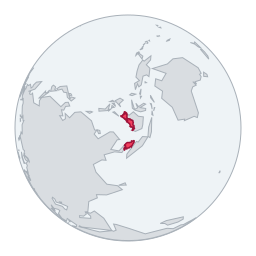 globe centered on Malaysia, rotated 267°
{"feature_id": "MYS", "entity_name": "Malaysia", "entity_type": "country or territory", "adm_level": 0, "iso_a3": "MYS", "parent_name": "Asia", "parent_adm1": "", "projection": "orthographic", "projection_center": [110.864, 4.107], "detail": "fine", "context": "on_globe", "style": "filled", "palette": "rose", "viewbox_px": 256, "rotation_deg": 267, "n_neighbors": 0, "source": "natural_earth", "source_scale": "50m", "svg_char_len": 11738}
<svg xmlns="http://www.w3.org/2000/svg" viewBox="0 0 256 256"><g transform="rotate(267 128 128)"><circle cx="128" cy="128" r="113" fill="#eef3f6" stroke="#a8b0b8"/><path d="M229.1,161.9L229.0,162.7L228.9,162.8L229.1,161.9ZM182.8,29.6L191.0,34.8L193.2,37.1L188.4,33.1L186.1,31.6L186.5,32.2L184.2,30.9L183.1,30.6L180.4,29.2L177.8,27.3L176.0,26.4L176.3,27.0L173.8,26.1L173.6,25.4L169.2,24.0L164.0,21.4L164.7,21.5L173.9,25.2L182.8,29.6ZM232.5,86.2L232.4,85.9L232.3,85.6L232.5,86.2ZM188.2,32.8L189.2,33.4L188.4,32.9L188.0,32.7L188.2,32.8ZM183.5,30.9L184.3,31.4L183.4,31.1L183.5,30.9ZM178.3,28.6L176.6,28.0L177.9,28.2L178.3,28.6ZM175.2,27.4L171.0,26.4L172.5,27.4L165.8,24.2L171.6,25.9L173.0,26.0L173.5,26.6L175.2,27.4ZM162.7,22.7L161.3,22.3L162.3,22.4L162.7,22.7ZM31.1,70.6L30.8,71.2L33.4,67.1L32.3,71.3L33.9,71.7L40.8,62.6L38.3,61.7L41.4,57.2L46.3,54.1L49.1,55.6L50.4,54.0L51.7,49.8L55.4,47.2L52.5,48.2L51.4,49.9L49.5,50.7L50.4,49.2L51.7,48.3L51.7,47.3L45.6,52.7L43.9,55.1L42.1,55.6L39.0,59.7L37.4,61.5L42.1,55.2L43.9,53.1L46.4,50.3L54.2,42.9L62.6,36.3L62.5,36.5L63.7,35.8L67.3,33.4L66.8,34.0L70.4,31.7L72.3,31.3L72.9,30.0L77.2,27.8L80.7,26.4L82.3,25.5L76.5,27.9L74.1,29.2L71.9,30.5L65.4,34.4L65.1,34.6L74.0,29.1L83.3,24.6L89.2,22.5L92.0,22.0L87.5,25.3L84.3,26.4L84.4,25.5L80.3,28.1L82.6,27.0L82.1,27.7L86.1,26.2L86.0,26.6L90.0,24.5L90.3,24.9L87.7,26.2L93.9,24.8L95.6,25.5L97.1,25.0L98.1,24.3L99.7,26.0L100.7,25.6L100.6,24.8L102.5,23.6L106.5,22.3L106.8,23.0L105.4,23.5L102.9,25.9L99.2,27.6L99.7,27.8L103.1,26.5L106.1,23.5L108.4,22.6L107.4,23.8L107.9,23.3L109.2,23.0L110.7,23.5L112.0,22.2L125.3,19.9L129.6,21.0L127.2,22.1L136.8,22.4L140.9,24.4L140.8,23.6L145.3,23.7L144.1,23.0L144.4,22.7L155.5,23.6L158.3,24.6L163.0,24.9L162.9,24.5L161.1,23.7L165.8,24.2L172.5,27.4L172.3,27.9L176.7,29.9L175.6,30.9L176.7,32.9L173.0,33.3L174.2,35.1L175.8,35.8L178.6,39.0L178.9,44.2L171.7,37.1L169.8,30.5L170.0,32.8L167.9,31.5L166.7,32.0L166.9,33.9L168.3,34.5L158.1,35.2L154.7,40.5L160.0,41.0L163.0,43.4L163.8,51.7L152.8,62.1L156.8,66.8L156.8,69.7L153.0,71.0L152.8,66.8L149.2,64.8L149.7,62.5L143.5,63.6L143.9,60.4L138.9,63.2L140.5,66.0L145.8,66.0L141.3,70.2L146.4,75.7L146.6,81.8L137.1,91.9L127.9,94.5L127.2,96.5L123.7,93.9L118.8,97.6L125.1,109.8L124.8,113.2L116.9,119.1L116.8,116.6L107.5,109.7L105.6,117.8L112.6,125.1L115.0,133.5L109.5,130.5L107.1,123.2L103.8,120.6L104.9,113.4L102.5,102.8L96.9,104.4L97.5,100.2L93.4,91.5L85.6,93.7L73.0,103.9L70.9,114.6L66.7,119.1L62.3,103.2L63.1,93.0L59.8,93.7L56.7,85.0L46.5,83.5L46.5,80.9L44.3,81.9L42.3,79.1L43.0,75.0L41.1,75.1L39.7,86.1L41.9,86.1L45.9,82.2L44.9,86.2L46.9,90.0L39.2,99.1L26.5,106.4L27.9,98.4L31.5,76.8L32.8,74.6L32.9,74.4L33.1,73.9L30.8,77.5L32.3,73.5L27.6,88.0L25.7,94.3L26.3,106.9L25.6,108.1L26.6,110.8L32.8,108.6L32.3,111.2L27.8,123.4L21.4,139.7L23.8,151.6L25.8,161.7L25.1,167.9L28.5,175.8L28.6,178.2L30.8,182.7L32.8,187.2L34.9,191.3L34.8,191.2L30.5,184.5L26.8,177.5L23.6,170.2L20.8,162.7L18.7,155.1L17.0,147.3L15.9,139.4L15.4,131.4L15.5,123.5L16.1,115.5L17.2,107.7L18.9,99.9L21.2,92.3L24.0,84.8L27.3,77.6L31.1,70.6ZM43.2,53.9L42.0,55.3L42.3,54.9L43.2,53.9ZM49.4,62.5L52.8,63.6L55.8,57.7L57.4,57.8L57.8,55.9L56.0,57.3L57.8,52.4L60.9,51.2L62.8,49.0L61.8,48.5L55.8,51.6L53.2,58.4L50.5,60.5L49.4,62.5ZM102.4,18.5L103.6,18.1L104.2,18.0L108.1,17.2L108.6,17.2L106.4,17.7L102.4,18.5ZM39.1,64.0L37.3,65.6L37.7,64.7L38.2,64.3L39.1,64.0ZM36.6,62.8L36.1,64.2L36.1,63.4L36.6,62.8ZM103.5,18.4L105.1,18.0L104.4,18.3L103.5,18.4ZM109.1,17.3L108.7,17.5L109.1,17.2L109.1,17.3ZM78.2,216.3L80.6,217.7L79.2,217.6L78.2,216.3ZM33.5,161.4L36.4,178.6L34.1,178.3L31.5,173.0L28.9,162.5L30.7,159.8L31.0,155.2L33.5,161.4ZM143.7,154.5L147.1,155.3L147.0,155.8L143.7,154.5ZM140.1,152.5L144.0,152.9L139.4,153.6L140.1,152.5ZM145.5,153.1L149.5,152.4L151.3,151.6L150.9,152.7L145.5,153.1ZM137.4,152.3L123.0,151.2L117.3,149.4L118.6,147.5L127.8,148.7L137.4,152.3ZM118.1,147.4L109.5,141.4L97.9,125.0L102.0,125.5L114.2,135.8L113.4,137.4L118.7,142.0L118.1,147.4ZM139.2,138.9L138.3,143.9L130.4,142.9L126.7,141.8L124.2,135.2L125.6,132.1L128.6,132.4L140.2,122.4L144.2,125.4L140.6,129.7L143.9,134.2L139.2,138.9ZM71.3,115.7L73.4,122.3L71.1,123.2L71.3,115.7ZM145.0,115.3L140.2,119.6L144.6,113.7L145.0,115.3ZM147.6,109.6L147.9,112.0L146.0,109.6L147.6,109.6ZM127.0,99.7L123.9,100.0L123.9,98.3L127.9,97.0L127.0,99.7ZM146.8,87.2L146.6,91.8L145.9,93.3L144.6,90.4L146.8,87.2ZM109.8,20.3L103.9,21.2L99.9,22.3L98.2,23.5L98.1,22.4L104.2,20.6L109.8,20.3ZM123.3,19.8L124.8,19.1L125.9,19.4L125.7,19.6L123.3,19.8ZM123.0,19.3L121.6,18.5L123.6,18.1L124.3,18.8L123.0,19.3ZM112.3,17.8L110.5,18.0L111.2,17.7L112.3,17.8ZM202.6,204.6L203.1,205.5L199.9,208.5L195.7,211.5L192.5,212.3L202.6,204.6ZM175.0,210.2L175.6,206.3L179.8,206.4L177.5,209.6L175.0,210.2ZM205.4,202.3L208.3,199.0L210.1,194.7L209.0,198.7L210.4,199.1L203.8,205.3L205.4,202.3ZM161.6,193.1L139.5,199.1L134.8,197.8L136.2,194.7L132.4,184.7L133.9,185.0L133.2,178.4L146.4,173.3L155.9,163.2L163.0,164.4L168.5,157.0L175.7,158.2L173.4,164.2L180.6,168.9L186.1,155.5L189.9,170.7L194.7,176.5L195.4,186.2L184.5,201.2L178.8,203.9L177.9,202.3L175.5,203.7L172.1,202.7L170.7,197.4L168.3,198.8L170.9,195.1L167.2,198.3L165.7,194.8L161.6,193.1ZM212.7,171.2L213.5,171.7L214.7,174.5L213.3,173.8L212.7,171.2ZM226.8,164.6L227.0,165.9L226.2,166.1L226.8,164.6ZM228.9,162.8L227.9,163.1L229.1,161.9L228.9,162.8ZM218.2,163.1L218.6,164.1L218.2,164.3L218.2,163.1ZM217.8,162.7L218.5,161.3L218.3,162.8L217.8,162.7ZM213.8,154.1L214.4,153.4L214.6,154.0L213.8,154.1ZM152.2,155.7L157.0,152.2L159.6,152.1L152.2,155.7ZM213.0,152.4L211.5,152.1L211.7,151.3L213.0,152.4ZM213.1,150.5L213.0,149.4L213.9,152.1L213.1,150.5ZM210.4,147.7L212.1,149.9L210.1,147.9L210.4,147.7ZM209.3,147.9L208.0,146.8L208.1,146.5L209.3,147.9ZM193.9,147.6L198.9,154.7L194.8,154.1L190.2,149.6L186.5,153.0L178.2,151.6L180.1,149.4L179.0,145.7L170.3,143.5L168.5,141.0L171.7,139.8L165.9,137.4L172.2,136.9L174.8,141.9L178.4,138.6L184.5,140.1L190.4,142.3L195.1,146.3L193.9,147.6ZM172.2,147.4L173.3,147.5L172.3,148.8L172.2,147.4ZM205.4,143.9L207.3,146.4L207.1,147.0L206.2,146.5L205.4,143.9ZM196.2,145.6L201.2,142.3L202.4,142.5L199.0,146.6L196.2,145.6ZM200.0,139.6L202.3,140.4L203.5,142.8L203.1,143.3L200.0,139.6ZM159.3,141.9L159.0,143.2L157.3,142.0L159.3,141.9ZM161.4,141.3L166.4,143.1L160.9,142.3L161.4,141.3ZM146.2,135.5L147.7,138.7L152.3,137.1L148.8,139.7L151.9,145.0L150.9,146.9L147.7,141.1L146.6,146.7L144.6,146.5L143.5,141.5L145.5,135.7L147.6,133.4L156.0,133.0L146.2,135.5ZM161.4,137.5L160.1,133.7L161.0,131.4L162.5,133.5L161.4,137.5ZM156.1,124.8L152.6,120.5L149.4,121.8L155.9,116.6L158.2,121.6L156.1,124.8ZM153.2,115.7L150.2,116.8L153.3,113.8L153.2,115.7ZM149.4,115.4L149.1,112.6L151.4,113.2L149.4,115.4ZM154.7,115.9L155.3,111.2L156.5,114.1L154.7,115.9ZM148.1,106.3L153.1,111.3L146.5,108.8L146.3,99.9L149.1,99.9L148.1,106.3ZM163.7,73.6L163.0,71.3L165.6,71.0L165.3,72.7L163.7,73.6ZM173.2,69.1L166.0,70.3L160.2,71.6L162.0,72.9L160.7,76.6L157.9,72.7L162.0,69.0L166.5,68.7L167.1,65.7L170.3,64.1L169.5,60.3L170.9,58.9L173.0,62.4L173.2,69.1ZM169.0,58.7L168.7,52.6L173.5,54.2L174.7,55.8L172.8,57.9L170.3,56.9L169.0,58.7ZM170.1,51.7L167.8,50.8L162.5,42.1L162.6,40.7L169.1,47.6L167.3,47.3L167.7,49.3L170.1,51.7ZM161.8,22.7L161.4,22.4L162.6,22.8L161.8,22.7ZM143.6,22.4L144.2,22.0L145.6,22.4L143.6,22.4ZM146.6,21.3L144.6,21.1L146.6,21.0L146.6,21.3ZM140.3,20.8L143.8,20.9L140.6,21.2L140.3,20.8Z" fill="#d9dde1" stroke="#a8b0b8" stroke-width="1"/><path d="M141.1,127.8L140.9,127.8L140.5,127.6L140.2,127.5L139.7,127.5L139.4,127.5L139.2,127.5L139.1,127.4L138.9,127.6L138.7,127.5L138.3,127.5L138.1,127.6L137.9,127.5L137.7,127.5L137.4,127.8L137.3,128.0L137.2,128.3L137.2,128.7L137.2,128.9L137.2,129.2L137.2,129.3L137.1,129.5L137.1,129.8L137.0,130.1L136.9,130.1L136.7,130.2L136.3,130.4L136.3,130.5L136.3,130.9L136.5,131.0L136.4,131.1L136.1,131.4L135.8,131.6L135.7,131.6L135.6,131.8L135.7,132.0L135.8,132.1L135.7,132.3L135.5,132.5L135.4,132.9L135.3,133.1L135.2,133.2L134.9,133.1L134.7,133.2L134.4,133.2L134.2,133.2L133.8,133.3L133.7,133.5L133.4,133.6L133.2,133.5L132.9,133.5L132.3,133.3L132.2,133.2L131.2,133.0L130.9,133.1L130.7,133.2L130.6,133.4L130.5,133.6L130.4,133.8L130.1,133.9L129.9,134.1L129.6,134.1L129.3,134.1L129.2,134.1L128.8,134.0L128.5,134.0L128.1,134.1L127.5,134.3L127.3,134.4L127.2,134.3L127.1,134.2L126.9,134.1L126.5,133.7L126.4,133.6L126.2,133.4L125.9,133.2L125.6,132.9L125.6,132.6L125.4,132.4L125.6,132.1L125.7,132.4L125.8,132.4L126.0,132.6L126.3,132.7L126.5,132.7L126.8,132.7L127.0,132.7L127.6,133.0L127.8,133.1L128.1,133.1L128.5,133.3L128.4,133.1L128.4,132.9L128.5,132.8L128.6,132.7L128.6,132.3L128.7,132.2L128.8,132.0L128.8,131.9L128.7,131.8L128.7,131.6L128.7,131.4L129.0,131.4L129.1,131.2L129.1,130.9L129.3,130.7L129.5,130.5L130.5,130.3L131.7,130.0L132.0,129.9L132.3,129.8L132.5,129.5L132.8,129.1L133.1,128.7L133.6,128.2L134.0,127.7L134.1,127.4L134.1,127.2L134.3,127.0L134.5,127.2L134.6,127.3L134.7,127.5L134.8,127.7L135.0,127.7L135.0,127.8L135.1,128.0L135.3,128.1L135.6,128.0L135.7,127.9L135.7,127.7L135.8,127.5L135.8,127.4L135.7,127.3L135.6,126.9L135.7,126.7L135.8,126.6L136.0,126.5L136.1,126.4L136.1,126.8L136.2,127.0L136.3,127.4L136.4,127.5L136.6,127.5L136.7,127.4L136.6,126.9L136.5,126.7L136.4,126.5L136.4,126.4L136.8,126.4L137.1,126.1L137.2,125.8L137.0,125.7L136.9,125.6L136.9,125.4L137.2,125.1L137.3,125.0L137.5,125.2L137.8,125.0L137.9,124.8L138.1,124.5L138.2,124.2L138.3,124.0L139.0,123.2L139.5,122.3L139.7,122.6L139.6,122.9L139.5,123.0L139.8,122.9L140.0,122.7L140.1,122.4L140.4,122.4L140.4,122.6L140.5,122.7L140.5,122.9L140.7,123.0L140.9,123.1L141.1,123.2L141.2,123.3L141.3,123.4L141.3,123.5L141.2,123.8L141.2,124.1L141.2,124.3L141.0,124.5L141.6,124.3L141.9,124.1L142.0,124.2L142.1,124.5L141.8,124.6L141.9,124.8L142.0,124.8L142.2,124.7L142.4,124.6L142.5,124.6L142.8,124.7L143.0,124.8L143.1,125.0L143.3,125.1L143.8,125.3L144.0,125.3L144.3,125.3L144.4,125.6L144.4,125.8L144.1,126.0L143.7,126.1L143.2,126.2L142.7,126.1L142.4,126.2L142.3,126.5L142.6,126.8L143.0,127.2L143.1,127.3L142.9,127.4L142.7,127.5L142.4,127.5L142.2,127.6L141.8,127.6L141.4,127.5L141.2,127.8L141.1,127.8ZM107.1,123.3L107.2,123.2L107.2,122.9L107.3,122.8L107.6,123.1L108.0,123.2L108.1,123.3L108.3,123.2L108.4,123.3L108.5,123.5L108.8,123.7L109.0,123.8L109.0,124.1L108.8,124.5L109.0,124.8L109.2,124.7L109.3,124.6L109.6,124.5L109.9,124.4L110.0,124.4L110.1,124.6L110.3,124.6L110.5,124.5L110.6,124.4L110.6,124.2L110.8,124.0L110.9,123.8L110.9,123.7L111.3,123.8L111.8,124.5L112.3,124.9L112.5,125.1L112.8,125.4L113.0,125.7L113.5,126.5L113.5,126.8L113.5,127.4L113.4,128.2L113.3,128.6L113.3,128.8L113.5,129.1L113.5,129.4L113.5,129.6L113.5,130.2L113.6,130.4L113.7,130.6L114.2,130.9L114.2,131.1L114.5,131.6L115.0,132.6L115.1,133.1L115.0,133.3L114.9,133.3L114.8,133.2L114.7,133.2L114.6,132.9L114.5,133.0L114.4,133.2L114.2,133.1L113.9,133.2L113.7,133.4L113.4,133.2L112.4,132.5L112.1,132.3L111.7,132.0L110.9,131.6L110.4,131.2L110.2,130.9L109.7,130.7L109.5,130.4L109.4,130.4L109.4,130.0L109.4,129.8L109.3,129.6L109.0,129.1L108.8,128.8L108.5,128.5L108.3,128.4L108.2,128.2L108.3,128.1L108.3,127.9L108.1,127.6L108.0,127.3L108.0,126.8L107.8,126.0L107.5,125.0L107.6,124.6L107.5,124.2L107.4,123.8L107.2,123.5L107.1,123.3ZM140.2,121.9L140.1,122.0L140.1,121.9L140.2,121.6L140.5,121.6L140.5,121.8L140.4,121.9L140.2,121.9ZM106.6,123.2L106.7,123.4L106.7,123.5L106.4,123.6L106.2,123.4L106.3,123.3L106.6,123.3L106.6,123.2ZM129.0,131.3L128.9,131.3L128.9,130.7L129.0,130.6L129.0,131.0L129.0,131.3ZM107.4,125.5L107.2,125.5L107.3,125.2L107.5,125.2L107.5,125.3L107.4,125.5ZM141.7,127.8L141.3,127.8L141.3,127.7L141.5,127.7L141.7,127.8ZM115.0,130.6L114.9,130.7L114.9,130.4L115.0,130.6L115.0,130.6ZM109.3,130.1L109.2,130.1L109.3,130.0L109.3,129.9L109.4,130.0L109.3,130.1Z" fill="#f43f5e" stroke="#9f1239" stroke-width="1.5"/></g></svg>